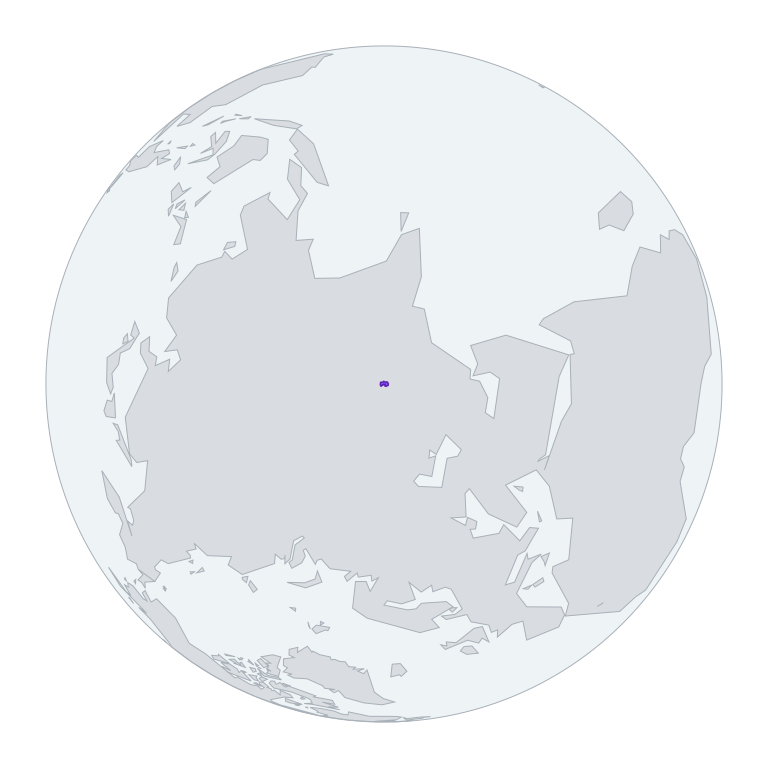 globe centered on Nuristan, rotated 207°
{"feature_id": "AFG-1761", "entity_name": "Nuristan", "entity_type": "Province", "adm_level": 1, "iso_a3": "AFG", "parent_name": "Afghanistan", "parent_adm1": "", "projection": "orthographic", "projection_center": [70.816, 35.467], "detail": "fine", "context": "on_globe", "style": "filled", "palette": "violet", "viewbox_px": 768, "rotation_deg": 207, "n_neighbors": 0, "source": "natural_earth", "source_scale": "10m", "svg_char_len": 12445}
<svg xmlns="http://www.w3.org/2000/svg" viewBox="0 0 768 768"><g transform="rotate(207 384 384)"><circle cx="384" cy="384" r="338" fill="#eef3f6" stroke="#a8b0b8"/><path d="M453.3,53.3L459.1,56.4L485.1,68.3L501.1,73.6L491.4,72.0L527.2,84.3L546.3,95.7L519.8,82.1L513.4,80.4L523.9,87.3L519.6,87.1L522.2,90.7L516.0,90.2L501.0,83.3L496.8,83.1L504.5,88.1L503.2,91.5L492.5,84.0L489.2,89.4L463.5,80.8L439.8,64.5L420.7,62.6L383.3,54.5L381.8,56.3L366.7,55.6L359.4,57.6L354.5,56.4L352.9,59.3L358.7,60.1L359.9,61.8L356.1,63.4L349.3,61.8L350.2,60.7L346.2,61.1L344.4,59.8L343.1,61.4L335.3,59.8L337.4,63.8L326.4,64.6L322.7,63.0L330.6,59.9L341.6,51.4L340.4,50.3L330.7,51.0L296.6,58.2L292.1,59.0L280.5,62.3L279.5,62.9L288.2,60.6L283.5,63.4L294.7,61.2L294.5,62.4L303.0,62.3L293.6,66.0L279.8,70.0L272.2,70.6L266.0,72.7L266.6,75.8L246.2,81.3L221.7,93.6L217.3,95.1L220.5,90.4L237.2,80.4L240.5,78.1L262.8,68.6L285.7,60.7L309.1,54.5L332.9,50.0L356.9,47.2L381.1,46.1L405.3,46.8L429.4,49.1L453.3,53.3ZM239.0,78.8L230.4,83.7L219.6,88.9L214.3,91.9L210.1,94.5L211.0,94.4L205.6,97.5L211.2,93.6L217.3,90.1L216.6,90.5L218.6,89.3L239.0,78.8ZM462.7,55.4L464.1,55.7L465.3,56.1L460.0,54.9L461.4,55.1L462.7,55.4ZM513.6,78.0L507.4,74.7L514.9,78.1L513.6,78.0ZM523.6,91.3L526.8,92.5L526.8,93.9L523.6,91.3ZM307.6,60.4L305.3,61.3L304.9,60.8L307.6,60.4ZM313.4,59.6L314.5,58.4L317.5,57.9L316.7,58.7L313.4,59.6ZM517.4,94.8L516.5,97.2L514.8,93.4L517.4,94.8ZM311.3,61.4L322.5,57.3L327.7,56.6L329.1,59.1L311.3,61.4ZM514.2,97.8L512.2,104.6L519.0,107.4L498.6,104.0L507.1,98.9L504.0,93.6L509.5,97.1L514.2,97.8ZM362.2,59.8L355.8,58.9L364.6,58.3L362.2,59.8ZM367.5,59.0L392.9,56.3L400.4,58.9L390.4,59.0L403.0,61.9L394.2,64.4L385.3,63.4L382.2,61.1L381.2,63.9L367.5,59.0ZM487.6,101.5L484.9,102.4L484.9,100.2L487.6,101.5ZM361.1,62.5L365.5,61.5L372.4,63.6L364.7,66.1L364.9,64.5L361.1,62.5ZM410.6,61.7L414.3,64.0L408.2,66.6L408.8,68.0L394.6,64.7L410.6,61.7ZM361.4,64.9L360.6,67.4L353.9,68.0L357.2,63.7L361.4,64.9ZM377.4,63.2L380.2,64.4L376.1,64.5L377.4,63.2ZM329.8,72.5L334.9,70.6L338.9,71.4L329.8,72.5ZM360.7,68.4L363.0,68.2L365.2,68.4L363.3,70.3L360.7,68.4ZM391.3,67.0L387.9,67.8L396.8,68.4L392.6,70.8L383.8,68.4L385.8,70.5L384.5,71.3L378.9,68.5L391.3,67.0ZM367.8,73.1L355.3,71.6L344.8,74.6L340.9,73.8L358.5,69.3L367.8,73.1ZM374.8,70.6L369.6,71.9L367.4,69.9L369.7,67.9L374.8,70.6ZM392.8,73.5L401.6,70.4L403.2,71.1L392.8,73.5ZM365.2,74.3L368.3,74.7L364.7,74.7L365.2,74.3ZM384.8,74.0L387.7,72.7L389.4,73.5L384.8,74.0ZM372.1,76.8L368.0,76.1L369.4,74.6L372.1,76.8ZM378.2,75.8L380.0,77.2L372.3,74.4L379.2,75.0L378.2,75.8ZM386.0,75.0L388.0,75.1L384.6,75.5L386.0,75.0ZM369.2,83.4L359.2,80.2L362.2,76.6L371.5,80.1L369.2,83.4ZM51.4,376.5L57.3,319.2L63.3,308.3L70.7,288.4L117.1,259.6L119.9,272.4L148.4,291.9L150.6,297.8L139.6,311.3L154.9,350.2L168.8,342.2L190.3,368.0L209.4,376.6L229.8,349.1L198.5,334.4L200.7,316.8L231.9,315.6L260.4,329.5L262.1,323.2L250.5,302.8L263.5,295.1L247.2,295.0L249.0,303.1L238.8,303.6L236.6,296.4L241.3,293.6L234.5,287.2L213.8,303.1L213.5,313.1L191.8,305.9L189.1,322.2L180.9,325.6L182.4,299.5L187.2,292.4L184.7,260.1L177.7,266.7L179.6,298.0L176.1,293.3L166.6,303.9L171.1,292.1L170.8,257.5L155.6,250.3L124.9,265.7L118.3,260.3L118.0,246.9L140.6,220.6L152.6,235.8L160.8,228.0L168.1,209.9L171.1,216.5L175.6,211.4L181.1,216.8L198.5,211.6L205.5,216.2L221.6,202.4L227.4,203.3L216.2,210.9L212.2,219.1L230.9,231.7L237.2,230.7L246.2,221.1L250.2,226.3L256.4,215.5L271.7,218.7L258.3,206.2L268.5,196.1L282.7,192.3L283.6,187.0L260.5,193.4L253.4,198.2L251.1,205.6L229.7,218.4L221.3,216.8L234.7,196.0L224.2,192.1L239.1,178.8L292.6,167.7L310.2,170.0L319.7,195.1L310.3,199.9L302.2,192.9L301.1,208.8L305.3,202.9L308.6,207.7L319.2,200.3L322.1,203.4L327.3,191.4L331.9,194.5L328.6,202.0L348.2,194.9L360.4,199.6L363.5,196.6L363.3,192.1L378.9,201.8L380.5,199.2L376.0,194.9L376.1,187.3L382.5,177.9L387.6,181.8L385.9,185.6L390.2,200.2L385.1,210.7L387.8,211.4L393.4,203.3L388.3,185.4L390.7,178.8L394.5,186.6L393.3,183.2L396.1,181.2L403.6,183.0L400.0,174.3L423.8,149.9L440.7,152.0L441.5,161.0L463.4,150.9L480.8,155.9L476.5,151.7L484.2,145.3L478.9,143.5L477.4,141.1L494.7,126.0L502.7,126.2L505.4,116.7L503.2,114.8L497.4,114.0L498.6,104.0L519.0,107.4L522.9,111.4L533.0,111.5L540.4,121.1L551.2,129.7L553.4,141.3L561.8,147.8L564.8,147.2L578.5,156.4L596.1,178.7L568.5,163.0L539.5,134.0L550.2,145.5L543.8,144.0L545.2,149.0L553.1,157.6L556.4,157.8L548.7,180.2L559.8,208.4L568.7,201.8L579.1,206.4L599.5,237.0L601.2,290.7L615.1,300.9L619.2,310.2L614.3,319.8L608.2,306.4L598.8,305.1L596.1,296.5L586.2,308.8L581.9,297.2L576.2,313.2L583.7,320.6L594.1,313.4L591.0,333.4L607.7,344.2L615.0,362.9L604.6,405.1L586.1,423.5L586.1,429.9L576.0,426.3L566.7,442.0L588.7,469.3L589.5,478.9L572.5,502.9L571.4,496.2L544.8,486.5L542.7,510.0L563.0,522.7L570.0,541.4L555.7,539.4L548.2,523.0L538.7,519.0L539.2,499.2L527.5,472.0L512.8,480.9L512.0,468.8L493.6,446.7L471.5,458.4L437.7,494.6L436.2,525.0L423.2,538.7L399.4,496.5L394.0,466.3L382.1,469.1L360.4,442.4L313.4,436.3L309.6,427.5L300.1,429.9L285.3,419.0L280.7,404.4L270.4,403.0L283.4,441.3L294.8,442.8L308.4,431.7L309.6,444.5L324.3,457.6L297.5,482.9L232.6,493.8L231.3,470.1L207.9,394.2L211.5,387.6L211.6,386.7L211.6,385.1L204.3,395.2L202.0,380.3L209.0,431.7L208.0,451.4L231.6,494.8L228.2,497.4L237.3,507.1L272.6,507.2L271.7,514.5L251.9,543.6L207.5,572.9L216.3,601.7L218.1,622.3L197.0,626.4L205.5,642.4L195.6,642.2L199.4,649.9L195.2,653.4L185.7,652.6L162.3,637.4L155.5,629.8L135.8,607.9L106.0,559.2L106.3,545.3L101.9,528.9L85.6,481.3L88.8,464.1L85.8,451.9L78.8,446.4L76.0,431.7L72.3,426.6L53.5,401.1L51.4,376.5ZM93.0,282.6L89.7,287.9L89.7,288.0L93.0,282.6ZM285.3,360.6L305.8,367.0L305.5,345.0L313.3,345.9L310.3,338.4L305.3,343.4L299.4,323.3L311.4,319.9L313.5,310.9L306.7,308.4L285.6,318.1L294.0,346.4L285.5,353.2L285.3,360.6ZM219.1,89.2L218.2,89.7L213.2,92.7L214.2,92.0L219.1,89.2ZM199.8,104.1L191.5,108.8L198.0,104.6L197.7,103.9L211.1,94.9L215.8,95.5L211.3,96.5L199.8,104.1ZM230.2,84.1L221.2,89.0L230.9,83.7L230.2,84.1ZM194.8,180.8L193.5,186.4L186.7,190.5L177.8,187.0L187.5,180.7L194.8,180.8ZM193.2,193.6L208.9,175.3L215.1,177.4L209.0,179.2L211.5,182.4L202.3,186.3L192.8,207.2L186.2,212.5L173.4,201.8L181.2,202.1L182.0,196.2L193.2,193.6ZM238.2,132.0L245.0,126.1L249.5,138.1L242.5,142.3L233.2,138.5L235.9,131.3L238.2,132.0ZM311.6,67.5L313.9,65.9L315.8,66.1L315.4,67.7L311.6,67.5ZM331.9,71.5L303.3,75.1L304.6,73.3L286.4,78.7L282.5,76.2L294.5,72.6L277.9,75.3L287.1,71.1L275.5,73.7L302.5,66.0L310.1,63.0L303.0,67.1L306.3,69.3L310.0,69.4L326.3,67.6L344.3,63.1L350.5,65.3L350.0,68.1L346.6,69.5L343.7,67.5L341.3,70.8L334.4,69.1L331.9,71.5ZM341.2,110.3L339.3,105.5L333.2,115.6L326.4,112.3L326.1,113.7L318.1,113.7L307.9,116.4L305.9,114.3L302.8,116.3L297.5,116.7L292.5,118.9L287.2,116.1L280.8,118.7L281.9,115.9L272.2,121.4L277.1,116.2L270.6,116.7L269.3,121.5L252.6,105.0L241.9,103.4L230.3,105.4L240.2,97.2L257.3,90.7L276.4,86.9L285.3,90.2L288.2,86.4L293.3,86.9L288.9,89.7L298.7,85.9L301.7,87.3L318.7,86.4L330.9,81.1L337.5,81.0L334.2,83.8L343.0,81.8L341.2,87.3L345.8,87.5L348.7,93.6L339.7,99.5L345.6,99.4L348.0,104.5L341.2,110.3ZM369.6,85.2L360.4,92.1L352.1,94.0L350.6,82.8L346.6,81.9L345.3,75.6L357.4,73.2L356.6,75.1L358.7,76.5L354.1,76.7L359.3,77.6L358.5,80.4L362.3,82.0L358.3,83.7L369.6,85.2ZM158.0,295.3L160.6,298.4L165.8,301.4L159.9,308.5L158.0,295.3ZM157.3,271.6L160.4,272.8L154.6,283.5L151.9,280.6L157.3,271.6ZM167.0,264.8L161.0,272.1L162.6,266.5L167.0,264.8ZM219.6,211.7L223.4,212.7L221.9,215.4L217.5,217.8L219.6,211.7ZM321.9,142.5L322.0,138.7L324.4,138.3L331.2,130.7L336.9,132.9L334.9,138.4L321.9,142.5ZM221.7,352.0L213.3,355.3L211.7,351.2L214.9,350.8L221.7,352.0ZM182.9,331.7L189.5,340.4L181.3,333.6L182.9,331.7ZM329.1,143.7L331.3,140.2L332.8,143.6L329.1,143.7ZM341.3,134.3L343.9,137.5L338.4,132.3L341.3,134.3ZM376.7,720.1L382.0,720.7L376.1,720.7L376.7,720.1ZM270.7,633.7L260.7,662.8L246.0,658.9L239.1,648.5L239.9,629.5L255.6,627.9L262.2,619.7L270.7,633.7ZM632.2,558.7L638.8,555.9L638.4,557.2L632.2,558.7ZM625.5,558.5L633.4,554.6L623.8,561.9L625.5,558.5ZM636.4,553.0L644.5,546.0L647.9,542.0L647.0,544.9L636.4,553.0ZM619.9,561.5L587.6,575.4L574.3,577.2L577.9,571.6L599.6,564.4L619.9,561.5ZM576.8,571.8L555.7,566.0L523.4,535.4L535.0,533.3L568.2,547.9L566.2,552.6L579.0,558.5L576.8,571.8ZM625.9,527.9L623.7,540.8L606.4,547.8L598.2,549.4L592.7,536.2L595.8,527.0L602.7,524.5L626.6,485.2L635.4,487.7L628.7,503.2L635.8,510.4L625.9,527.9ZM438.0,527.7L447.0,544.3L439.7,547.7L438.0,527.7ZM634.2,460.4L625.9,477.8L632.9,456.6L634.2,460.4ZM637.1,441.7L638.7,447.9L633.9,443.7L637.1,441.7ZM587.7,439.1L580.6,443.5L579.4,438.9L587.9,430.7L587.7,439.1ZM620.4,378.7L623.9,392.7L623.8,398.1L618.8,391.2L620.4,378.7ZM380.3,163.3L364.5,170.8L356.8,179.0L358.4,187.2L349.4,179.3L361.2,166.8L380.3,163.3ZM417.9,150.9L416.4,144.5L421.5,145.7L422.6,147.3L417.9,150.9ZM413.9,148.1L403.7,143.5L405.8,139.0L413.4,143.5L413.9,148.1ZM366.0,142.3L360.9,144.2L359.8,141.3L366.0,142.3ZM638.1,606.7L634.8,610.1L587.0,651.1L578.9,654.9L586.1,648.0L589.1,634.9L592.2,633.6L596.6,621.9L627.9,595.3L651.9,561.0L663.2,553.2L675.5,528.8L685.4,519.6L679.1,536.2L685.3,533.4L699.3,495.5L693.5,519.6L682.2,543.0L669.2,565.3L654.4,586.6L638.1,606.7ZM648.3,550.0L658.3,535.2L662.8,531.2L648.3,550.0ZM709.8,462.8L711.0,468.4L708.3,475.5L705.8,474.3L700.8,489.0L691.2,500.7L694.4,492.4L693.9,485.8L682.1,495.0L679.7,492.0L684.5,484.0L675.7,487.4L685.5,476.2L688.8,484.0L694.0,469.9L701.6,462.9L707.7,457.2L711.2,457.6L709.8,462.8ZM684.1,501.1L685.7,499.5L684.0,504.2L684.1,501.1ZM718.5,430.1L718.5,431.6L718.3,433.4L718.1,434.5L718.5,430.1ZM712.3,453.8L716.6,435.5L717.3,433.5L714.2,450.1L712.3,453.8ZM716.2,431.7L717.6,428.7L717.9,431.7L717.5,434.0L716.2,431.7ZM664.3,508.0L663.7,511.4L661.0,511.1L664.3,508.0ZM668.1,503.4L676.0,500.3L667.2,506.7L668.1,503.4ZM640.4,510.5L643.2,516.4L652.2,506.2L645.3,517.3L650.7,525.8L648.3,531.7L643.2,522.1L640.2,537.0L636.2,539.0L634.6,528.6L639.1,511.9L643.1,503.5L658.8,491.2L640.4,510.5ZM668.3,494.3L666.0,487.1L667.6,479.9L670.1,482.8L668.3,494.3ZM658.1,470.3L650.6,463.9L644.9,471.7L655.4,449.3L661.0,459.1L658.1,470.3ZM650.1,450.6L644.9,457.7L649.6,445.4L650.1,450.6ZM642.9,455.0L641.2,447.9L645.9,446.2L642.9,455.0ZM653.1,449.1L652.2,435.7L655.6,441.7L653.1,449.1ZM636.4,432.1L648.3,438.7L634.6,440.9L629.1,416.4L634.6,412.7L636.4,432.1ZM635.5,312.3L631.4,305.8L635.0,301.1L636.8,306.8L635.5,312.3ZM642.7,281.9L634.6,297.8L627.4,311.5L631.9,312.6L634.4,326.5L625.1,318.3L626.7,299.9L633.0,291.9L629.4,280.9L631.2,269.9L623.8,258.2L623.1,251.1L631.8,259.4L642.7,281.9ZM620.2,253.6L607.9,231.9L616.7,228.9L621.4,233.0L623.3,244.0L618.6,244.9L620.2,253.6ZM607.5,226.0L602.8,226.8L574.8,201.7L571.1,195.9L597.0,212.2L594.0,214.1L599.3,221.1L607.5,226.0ZM488.2,104.1L485.2,102.6L488.8,102.9L488.2,104.1ZM474.3,140.4L473.0,137.2L477.2,137.3L474.3,140.4ZM471.5,128.6L467.6,130.7L469.6,126.9L471.5,128.6ZM459.3,135.8L465.1,130.7L462.6,138.0L459.3,135.8Z" fill="#d9dde1" stroke="#a8b0b8" stroke-width="1"/><path d="M385.7,380.7L385.9,380.8L386.0,380.9L386.1,381.0L386.4,381.1L386.5,381.2L386.6,381.4L386.7,381.5L386.9,381.7L386.9,381.8L387.1,382.1L387.1,382.3L387.3,382.5L387.3,382.8L387.2,383.0L387.3,383.2L387.6,383.4L387.7,383.5L387.7,383.8L387.7,384.0L387.4,384.3L387.1,384.5L386.8,384.7L386.7,384.7L386.0,384.9L385.9,385.0L385.7,385.3L385.7,385.5L385.5,385.9L385.5,386.1L385.4,386.1L385.2,386.1L385.1,386.3L384.9,386.3L384.8,386.2L384.7,386.2L384.4,386.3L384.2,386.3L383.9,386.3L383.7,386.2L383.4,386.1L383.2,386.0L383.1,386.3L382.8,386.8L382.7,386.9L382.5,387.1L382.2,387.2L381.9,387.3L381.6,387.2L381.4,387.1L381.2,386.9L381.0,386.6L380.9,386.3L380.8,386.2L380.4,386.1L380.2,386.1L380.1,385.8L380.1,385.7L379.9,385.3L379.9,385.0L379.9,384.9L379.7,384.7L379.8,384.5L380.2,384.3L380.3,384.1L380.4,383.9L380.5,383.9L380.5,384.0L380.7,383.9L380.8,383.9L380.9,383.7L380.9,383.4L381.1,383.3L381.1,383.2L381.1,382.9L381.5,382.9L381.7,382.7L381.8,382.7L382.0,382.6L382.3,382.8L382.5,383.0L382.7,383.3L382.8,383.5L382.7,383.5L382.7,383.8L382.7,384.0L382.8,384.1L383.0,384.1L383.2,383.9L383.2,383.7L383.3,383.6L383.5,383.7L383.6,383.8L383.9,383.8L384.1,383.9L384.3,383.8L384.3,383.7L384.3,383.4L384.2,383.4L384.3,383.3L384.2,383.3L384.2,383.2L384.3,383.2L384.5,383.0L384.8,382.8L384.9,382.7L384.8,382.4L384.7,382.4L384.7,382.2L384.8,382.1L385.0,382.0L385.0,381.9L385.2,381.7L385.3,381.3L385.3,381.2L385.5,380.9L385.6,380.7L385.7,380.7Z" fill="#8b5cf6" stroke="#5b21b6" stroke-width="1.5"/></g></svg>